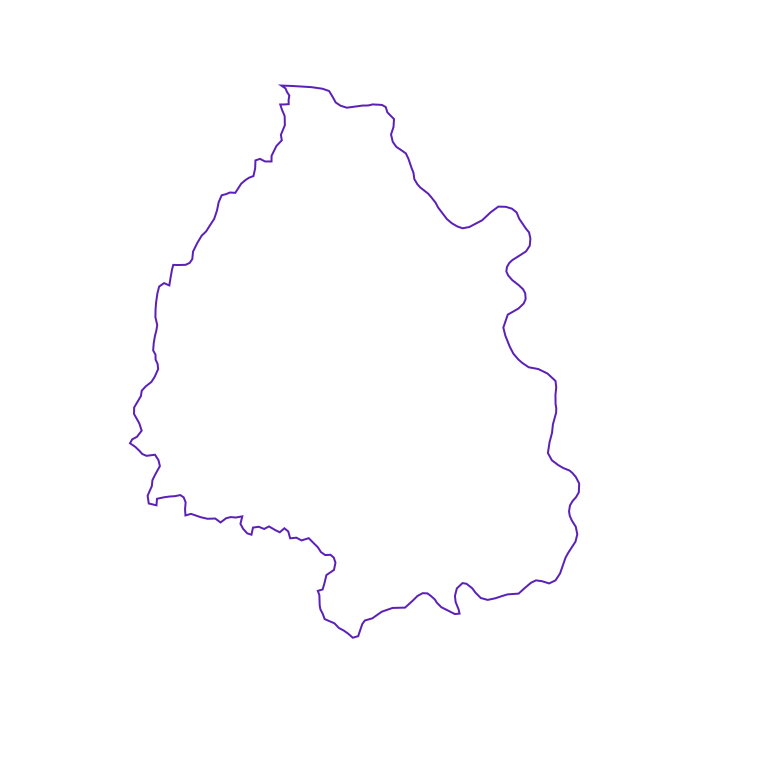 outline of Reserva do Iguaçu, Paraná, Brazil, rotated 214°
{"feature_id": "56859067B45945629242811", "entity_name": "Reserva do Iguaçu", "entity_type": "district", "adm_level": 2, "iso_a3": "BRA", "parent_name": "Brazil", "parent_adm1": "Paraná", "projection": "albers", "projection_center": [-51.961, -25.873], "detail": "fine", "context": "isolated", "style": "outline", "palette": "violet", "viewbox_px": 768, "rotation_deg": 214, "n_neighbors": 0, "source": "geoboundaries", "source_scale": "gbopen_adm2", "svg_char_len": 3550}
<svg xmlns="http://www.w3.org/2000/svg" viewBox="0 0 768 768"><g transform="rotate(214 384 384)"><path d="M636.0,574.0L631.0,574.0L627.6,571.8L623.8,570.2L621.9,566.1L619.5,562.7L623.0,560.0L626.3,557.7L621.9,554.3L616.2,550.6L610.9,543.1L608.8,532.9L605.0,528.9L606.3,521.1L604.8,510.3L601.7,505.6L607.0,502.0L612.7,501.3L615.6,497.5L611.4,490.7L608.5,483.4L611.2,479.6L612.9,475.6L614.4,470.3L614.2,459.3L618.8,456.6L621.2,453.0L624.1,449.7L622.7,442.2L619.5,434.5L617.1,425.9L617.0,418.7L616.8,411.0L618.1,405.0L617.7,397.0L616.4,387.1L612.8,380.4L612.8,375.8L615.1,371.9L620.9,367.7L625.3,364.9L623.7,360.2L619.9,351.7L617.1,345.7L622.8,344.6L624.9,339.0L622.4,332.1L618.6,324.3L615.4,318.6L610.9,311.6L605.0,306.1L602.7,301.2L600.8,295.9L598.0,289.6L594.2,282.8L589.8,280.5L587.0,276.5L583.0,274.1L579.6,270.1L578.1,261.6L578.0,255.7L580.2,248.8L581.1,243.0L578.8,238.1L578.0,224.8L574.5,219.4L564.8,214.5L558.8,209.8L559.3,202.0L561.8,197.3L561.4,192.8L555.0,192.8L549.3,191.8L545.3,190.8L540.8,191.6L534.3,197.3L528.3,194.7L523.9,190.6L523.0,180.5L522.2,174.8L519.4,169.6L518.6,165.2L517.5,159.2L512.2,153.4L504.8,156.2L508.0,161.9L502.9,167.2L498.5,171.1L494.6,174.1L490.8,178.0L486.7,178.0L482.3,175.0L478.9,168.9L475.1,164.0L471.4,168.4L461.4,171.1L454.9,173.6L448.7,178.1L442.1,177.8L439.8,184.5L436.6,188.0L432.1,190.5L427.5,195.0L424.8,187.8L419.9,185.2L413.9,183.7L409.6,184.9L412.3,191.7L408.0,195.6L402.3,196.8L399.7,201.6L392.2,202.1L387.5,202.8L385.9,208.7L380.9,208.2L375.5,203.6L370.7,207.6L364.9,208.2L360.2,214.1L353.6,212.8L347.4,211.6L342.3,209.4L337.1,209.3L332.8,212.5L328.6,212.0L324.3,208.7L321.5,201.9L324.9,193.4L321.7,184.8L320.0,179.3L323.2,175.5L319.6,172.9L313.5,164.5L310.7,161.6L306.3,159.2L301.7,155.9L291.3,157.9L284.9,156.5L279.5,157.1L274.2,157.0L268.0,156.2L264.4,160.5L267.8,172.9L267.6,177.3L262.7,183.1L258.5,194.0L251.7,203.1L241.5,210.4L239.0,220.6L237.7,227.0L235.0,232.2L230.9,234.7L226.7,234.5L221.4,233.8L217.8,232.2L211.6,231.0L202.3,232.2L196.6,232.9L193.0,235.9L196.3,239.0L202.7,243.3L206.7,248.0L209.3,255.3L207.6,262.8L204.0,264.5L196.8,264.0L191.5,262.2L184.1,260.7L177.3,263.0L172.0,268.5L167.4,274.4L163.9,278.7L155.2,285.5L153.2,293.7L151.0,301.4L148.2,306.2L142.7,308.9L135.6,311.0L132.0,317.1L132.1,325.4L136.4,341.6L136.9,347.3L137.1,360.4L139.7,367.5L145.2,372.9L151.8,375.8L156.3,378.6L159.4,381.9L161.9,387.3L162.2,392.7L161.5,397.5L161.9,403.1L166.5,410.6L172.8,414.1L178.1,415.6L181.9,416.0L188.3,414.6L194.2,414.2L202.1,414.6L209.5,418.4L214.2,428.3L217.4,437.5L221.4,445.0L225.2,456.3L227.5,460.1L230.7,463.5L235.8,470.9L239.3,477.5L243.5,482.4L254.3,484.1L264.4,482.7L273.4,478.8L281.0,478.8L286.1,479.4L293.7,481.5L300.5,485.2L310.4,491.9L316.6,497.5L320.2,510.7L314.7,521.8L313.2,528.9L314.1,533.7L317.7,538.2L321.7,540.3L327.6,541.3L335.5,541.8L341.7,543.4L345.5,545.7L347.5,549.8L347.8,554.3L346.9,558.5L342.7,568.0L340.4,573.4L340.5,580.2L344.0,586.5L348.5,590.8L353.3,592.2L364.3,596.6L370.0,600.4L376.0,600.9L382.1,599.0L388.4,595.0L391.6,586.0L394.2,574.6L401.1,561.8L406.0,557.0L411.4,555.6L417.5,555.2L424.1,555.9L437.9,560.6L442.7,563.2L449.4,565.3L453.7,566.5L463.9,567.2L468.1,568.3L473.4,570.8L477.8,575.7L481.7,578.3L485.1,580.9L489.7,584.4L494.8,587.4L500.9,587.5L506.4,587.5L512.2,589.7L517.7,594.8L519.8,602.3L523.8,609.2L533.1,611.1L537.5,614.6L541.8,614.2L549.8,609.4L552.8,606.1L557.4,602.9L569.3,592.3L575.7,590.4L581.5,590.4L585.9,592.7L593.3,596.2L600.1,594.4L610.2,589.5L627.0,579.6L636.0,574.0Z" fill="none" stroke="#5b21b6" stroke-width="2"/></g></svg>